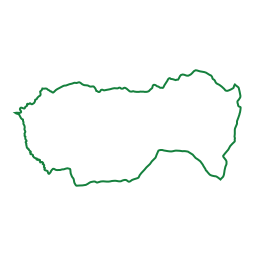 Córdoba, Quindío, Colombia
{"feature_id": "7082276B37877063835041", "entity_name": "Córdoba", "entity_type": "district", "adm_level": 2, "iso_a3": "COL", "parent_name": "Colombia", "parent_adm1": "Quindío", "projection": "mercator", "projection_center": [-75.669, 4.396], "detail": "fine", "context": "isolated", "style": "outline", "palette": "green", "viewbox_px": 256, "rotation_deg": 0, "n_neighbors": 0, "source": "geoboundaries", "source_scale": "gbopen_adm2", "svg_char_len": 5640}
<svg xmlns="http://www.w3.org/2000/svg" viewBox="0 0 256 256"><path d="M234.9,84.5L234.6,84.9L234.0,86.1L233.6,87.7L233.3,88.0L232.6,88.5L230.8,89.5L229.0,90.3L227.6,90.8L226.7,90.8L225.8,90.6L225.4,90.4L224.2,88.9L221.7,86.6L219.4,84.9L216.7,83.5L216.0,82.8L215.4,81.9L215.0,80.9L214.3,79.9L212.9,79.0L212.5,78.5L212.3,77.5L211.9,76.6L211.3,75.8L210.7,75.3L209.8,75.0L206.1,72.7L204.4,72.1L199.8,71.3L196.8,70.4L195.5,70.3L193.9,71.2L192.1,73.2L190.8,74.4L189.1,75.3L188.1,75.7L186.5,75.6L184.3,74.8L182.7,74.5L181.0,75.0L180.0,76.1L178.7,78.7L178.0,79.7L176.8,79.7L175.7,80.1L172.8,79.2L170.8,78.9L169.9,78.2L169.4,78.2L168.7,78.6L167.9,79.5L167.5,80.5L164.5,85.1L163.4,87.3L162.9,87.8L162.4,87.9L161.4,87.7L160.8,87.8L160.0,87.7L158.6,86.7L158.1,86.5L157.2,86.3L156.7,86.0L156.1,85.5L155.2,85.0L154.2,84.8L153.6,84.9L153.1,85.3L152.8,85.7L152.2,88.0L151.8,88.4L150.3,89.6L148.9,91.1L148.3,91.4L147.4,91.7L146.1,91.9L144.7,91.9L143.6,91.7L141.7,91.7L140.5,91.6L138.7,91.9L136.8,91.9L134.5,91.6L133.1,91.2L132.7,91.3L132.2,91.5L131.4,91.6L130.2,91.5L129.5,91.2L126.5,88.6L125.4,88.0L124.9,87.8L124.3,87.8L123.8,88.0L123.1,88.5L122.5,88.7L121.9,88.7L121.5,88.7L121.0,88.5L120.3,87.9L119.8,87.7L119.3,87.7L118.8,87.8L117.9,88.3L117.2,88.4L114.3,88.2L112.2,88.6L110.6,89.1L108.7,89.5L107.0,89.8L104.5,90.3L103.9,90.3L103.3,90.1L102.6,89.8L102.1,89.7L101.4,89.8L101.0,90.0L100.0,91.5L99.5,91.9L98.9,92.0L98.3,91.9L97.1,91.1L96.7,91.0L96.4,91.0L95.3,88.4L93.9,86.7L93.5,86.5L93.0,86.4L90.8,86.6L89.9,86.5L89.2,86.2L87.9,85.5L87.3,85.4L85.0,85.2L84.1,85.1L82.5,84.4L81.9,84.0L80.8,83.1L80.0,82.6L79.4,82.3L78.8,82.3L76.6,83.0L74.9,82.8L74.3,82.8L72.1,83.6L69.5,84.2L66.0,85.5L64.4,85.6L63.4,85.9L57.3,89.1L55.8,90.1L53.8,92.1L53.2,92.5L52.8,92.5L52.4,92.4L51.3,91.5L50.5,91.4L50.2,91.2L49.3,90.4L48.3,90.0L46.7,88.7L45.6,88.5L43.6,88.7L43.0,88.6L42.4,88.5L41.6,90.3L40.2,91.5L40.2,91.9L40.5,93.5L40.6,94.3L40.4,95.1L40.1,95.6L39.5,96.0L38.9,96.3L37.3,97.8L37.2,98.3L36.9,98.8L36.5,99.2L35.3,99.7L35.1,100.0L35.1,100.7L34.9,101.5L34.4,102.5L33.8,103.2L32.7,103.9L32.1,104.2L31.6,104.2L31.2,104.1L30.4,103.4L30.0,103.3L29.6,103.4L28.7,104.1L28.4,104.2L27.6,103.8L27.3,103.9L27.0,104.4L27.0,105.6L26.8,106.0L25.4,106.8L25.2,107.1L25.0,107.8L24.6,108.3L24.3,108.5L23.9,108.5L21.5,107.7L21.0,107.7L20.6,107.8L20.1,108.5L19.9,109.1L20.1,109.8L21.0,111.2L21.1,111.8L21.1,112.1L20.8,112.5L20.0,112.8L19.1,112.9L16.8,112.7L15.4,112.9L16.3,113.5L17.8,113.9L18.6,114.2L19.2,114.7L20.6,117.4L20.9,118.0L21.8,119.0L22.1,119.2L22.8,119.4L23.0,119.7L23.0,120.9L23.5,122.2L23.4,123.5L23.5,124.1L24.2,125.2L24.6,126.3L24.7,127.8L24.4,129.0L24.5,129.6L25.3,131.5L25.2,132.2L24.5,133.6L24.7,134.7L24.6,135.7L24.7,136.1L25.4,136.6L25.4,136.8L25.2,137.7L25.5,139.3L25.9,139.9L26.4,140.4L26.5,140.7L26.5,141.2L25.7,142.0L25.7,142.4L26.4,143.9L26.2,144.8L26.6,145.9L26.7,146.9L26.9,147.5L27.1,147.9L27.6,148.1L27.9,148.8L28.8,149.3L29.1,150.2L29.4,150.5L30.6,151.5L30.8,151.8L30.8,152.3L30.7,152.5L30.2,152.8L30.5,153.3L30.5,154.0L30.8,154.2L31.4,154.1L32.4,154.7L33.0,155.2L33.0,156.2L34.1,157.5L34.7,157.8L35.4,158.2L36.9,158.6L37.1,158.9L37.1,159.1L36.6,159.2L36.5,159.3L36.6,159.5L37.5,159.9L38.5,159.5L39.1,160.3L39.4,160.3L39.7,159.9L39.9,160.0L40.0,160.2L39.9,160.8L40.2,161.5L40.1,161.9L40.2,162.3L40.6,162.4L40.9,162.2L41.4,162.0L42.1,162.0L42.3,162.1L43.1,162.9L43.2,163.2L42.7,163.8L42.7,164.0L42.8,164.1L43.5,164.5L44.1,165.0L44.2,165.3L44.1,165.8L43.9,167.0L44.2,167.5L44.8,167.8L44.9,168.1L44.8,168.4L44.4,169.1L44.5,169.6L44.7,169.9L45.1,170.2L46.7,170.7L47.5,171.1L48.3,173.4L48.6,173.7L49.0,173.8L49.4,173.6L50.7,172.0L50.8,171.7L51.0,171.1L51.9,169.9L52.9,168.9L53.8,168.8L55.9,169.9L57.1,170.1L58.7,170.0L60.1,170.0L62.1,169.4L63.8,169.3L65.6,168.7L67.3,168.3L67.9,168.4L69.2,168.7L70.0,169.0L70.3,169.6L70.7,173.4L71.9,176.5L72.5,177.4L73.4,178.5L73.8,179.7L74.2,182.0L74.5,183.0L75.3,184.4L75.9,185.3L76.3,185.6L76.6,185.7L79.7,185.5L82.5,185.4L84.4,185.1L85.8,184.9L87.7,183.9L88.7,183.2L90.2,182.3L91.1,182.0L93.7,181.5L94.8,181.5L96.8,182.5L97.4,182.5L100.8,181.5L103.1,181.3L106.8,181.6L108.6,181.6L110.2,181.4L111.9,181.0L114.3,180.8L115.8,180.8L118.7,181.3L120.4,181.3L121.4,181.1L122.2,180.6L123.8,180.1L125.0,179.9L126.0,180.0L126.8,180.4L127.8,181.2L128.8,181.7L129.5,181.6L130.2,181.3L132.0,180.0L133.8,179.3L137.0,178.3L137.8,178.0L138.5,177.6L138.9,176.9L139.7,175.2L141.3,173.1L144.5,169.7L146.4,167.4L150.0,164.0L151.8,161.4L155.4,157.8L155.9,156.8L156.4,155.3L158.2,151.1L158.5,150.6L159.5,150.2L160.6,150.0L162.2,150.0L164.0,150.5L168.2,151.2L170.0,151.4L171.7,151.4L172.9,151.2L174.6,150.8L175.9,150.6L179.8,150.8L182.4,151.2L184.2,151.1L185.5,151.2L187.9,151.6L192.7,154.6L195.6,158.0L196.4,158.5L197.8,159.4L200.3,161.3L202.8,164.7L203.5,166.1L205.3,168.9L205.9,170.4L206.7,171.0L207.5,172.1L209.7,174.6L211.0,175.3L212.2,175.7L214.5,176.2L215.8,176.3L216.9,176.8L218.2,177.7L220.5,179.5L221.3,178.5L222.3,177.6L223.2,176.6L223.9,174.7L224.3,172.3L224.6,170.1L225.4,166.7L226.4,164.4L226.5,163.6L226.5,161.5L226.2,160.7L225.8,160.0L223.4,156.9L223.2,156.3L223.2,155.8L224.8,153.7L228.3,149.6L230.2,146.1L232.3,143.8L234.5,141.7L234.8,141.1L234.7,139.2L234.9,138.7L234.8,137.6L234.5,136.7L234.8,134.0L234.8,129.7L235.0,128.5L237.0,123.8L237.0,121.8L237.0,121.2L238.3,117.8L239.5,114.3L239.5,113.9L240.0,112.4L240.4,110.0L240.6,108.2L240.6,107.5L240.4,107.1L239.2,106.6L238.7,106.3L238.2,105.7L238.0,104.3L237.6,103.2L237.4,101.9L237.5,101.3L237.9,100.6L238.7,99.8L240.1,97.6L240.3,97.1L240.4,96.3L240.4,95.7L239.6,91.6L238.8,88.2L238.5,87.5L238.0,87.0L235.7,85.3L234.9,84.5Z" fill="none" stroke="#15803d" stroke-width="2"/></svg>